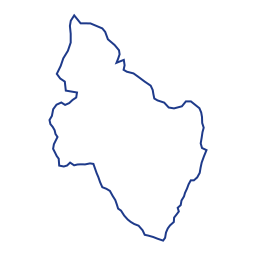 outline of Avelinópolis, Goiás, Brazil
{"feature_id": "56859067B50448120203224", "entity_name": "Avelinópolis", "entity_type": "district", "adm_level": 2, "iso_a3": "BRA", "parent_name": "Brazil", "parent_adm1": "Goiás", "projection": "natural_earth1", "projection_center": [-49.768, -16.489], "detail": "fine", "context": "isolated", "style": "outline", "palette": "blue", "viewbox_px": 256, "rotation_deg": 0, "n_neighbors": 0, "source": "geoboundaries", "source_scale": "gbopen_adm2", "svg_char_len": 1556}
<svg xmlns="http://www.w3.org/2000/svg" viewBox="0 0 256 256"><path d="M59.2,165.6L63.8,166.5L67.1,165.5L70.1,162.6L74.1,165.3L77.4,164.5L80.8,164.3L85.1,164.4L90.0,163.4L93.4,163.9L94.9,168.2L96.7,173.3L98.3,177.0L100.1,182.2L102.3,187.2L106.4,188.8L109.9,190.9L112.6,195.8L115.3,200.1L116.9,204.7L118.1,208.6L121.0,210.6L124.2,215.6L127.7,219.5L130.7,221.9L134.2,224.0L138.6,225.7L142.6,230.3L144.7,234.8L148.3,235.6L153.2,237.0L157.5,238.7L163.1,240.6L165.1,237.8L166.0,232.5L167.8,228.4L170.0,225.4L173.8,222.0L174.1,217.6L176.3,214.8L178.8,211.5L177.7,207.8L180.7,205.1L181.5,200.5L184.0,196.4L185.0,192.9L187.0,188.6L188.6,184.3L190.8,180.3L193.9,180.3L197.2,177.4L199.7,172.9L200.6,167.6L201.7,162.5L204.0,156.2L206.5,150.1L202.0,148.0L200.7,143.4L201.7,137.5L202.5,132.1L203.7,127.7L202.2,123.0L202.0,117.0L201.2,112.5L199.4,108.2L190.9,101.4L185.9,101.4L181.9,106.3L174.0,108.4L168.7,107.5L164.2,102.6L157.5,100.4L154.3,98.5L153.4,94.2L152.7,90.0L150.7,85.7L144.7,81.6L138.8,77.2L133.5,73.4L126.8,71.7L123.6,69.8L124.6,65.3L123.8,59.9L116.5,62.8L118.2,58.5L119.6,54.3L119.0,50.3L114.7,45.1L107.9,39.3L105.2,31.9L102.3,28.4L90.4,23.4L80.6,23.3L74.2,15.4L70.8,20.7L69.9,25.9L70.7,33.8L70.7,42.6L67.9,50.8L63.3,58.3L60.7,65.9L56.8,73.9L60.2,78.5L64.8,81.6L65.8,90.6L77.0,92.5L76.2,97.5L72.5,100.0L69.2,103.1L65.1,104.9L61.3,102.5L56.5,104.7L53.2,109.2L51.9,115.9L49.5,120.0L50.4,124.1L52.7,126.9L54.6,130.2L55.5,134.0L57.5,137.0L53.9,144.2L53.1,148.8L55.0,152.5L56.7,156.0L58.7,158.7L59.2,165.6Z" fill="none" stroke="#1e3a8a" stroke-width="2"/></svg>